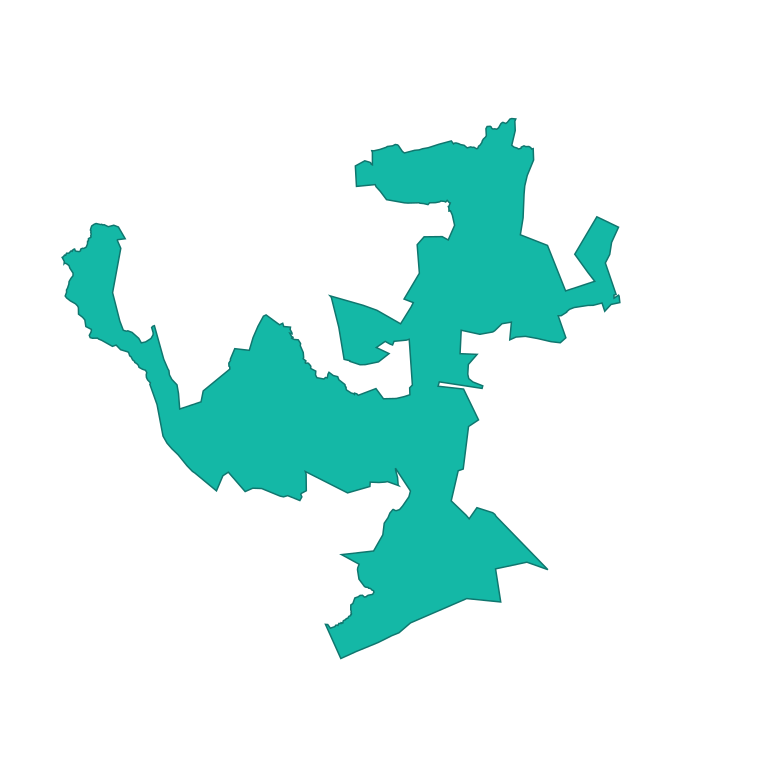 Heroica Ciudad de Ejutla de Crespo, Oaxaca, Mexico, rotated 71°
{"feature_id": "50627088B22638065525590", "entity_name": "Heroica Ciudad de Ejutla de Crespo", "entity_type": "district", "adm_level": 2, "iso_a3": "MEX", "parent_name": "Mexico", "parent_adm1": "Oaxaca", "projection": "albers", "projection_center": [-96.767, 16.598], "detail": "fine", "context": "isolated", "style": "filled", "palette": "teal", "viewbox_px": 768, "rotation_deg": 71, "n_neighbors": 0, "source": "geoboundaries", "source_scale": "gbopen_adm2", "svg_char_len": 6170}
<svg xmlns="http://www.w3.org/2000/svg" viewBox="0 0 768 768"><g transform="rotate(71 384 384)"><path d="M280.6,475.9L288.4,484.4L297.5,492.7L308.3,500.4L302.0,513.6L310.5,521.2L311.7,521.4L313.7,523.9L316.7,524.8L317.6,524.3L319.7,524.9L331.7,557.2L341.3,562.8L341.1,585.3L326.1,581.4L317.4,580.0L310.6,583.1L305.5,583.9L301.3,583.0L299.4,583.4L288.9,584.2L254.1,582.1L254.1,583.7L254.9,585.3L260.5,585.6L262.4,586.4L265.1,589.5L266.6,595.7L266.1,600.1L261.0,601.0L253.2,605.4L250.3,608.9L250.2,610.4L248.3,613.0L238.5,613.3L209.3,610.9L170.0,588.7L161.5,589.4L160.8,589.0L162.4,581.4L149.1,584.0L145.9,587.8L145.5,593.5L142.3,596.7L142.0,598.2L141.1,598.9L141.0,600.0L138.5,604.0L138.6,606.1L139.4,608.9L141.0,610.2L142.9,611.5L143.7,611.2L145.6,612.0L146.9,612.0L148.5,613.1L149.3,613.1L149.9,613.5L150.3,616.1L152.4,616.9L152.5,617.8L155.1,618.8L157.6,621.0L158.1,623.6L157.5,624.9L157.6,626.2L157.8,626.9L159.2,627.6L159.6,629.1L158.1,632.1L157.3,632.6L155.8,632.5L155.5,632.9L156.1,635.1L157.0,635.7L156.3,636.6L157.7,639.4L157.0,641.6L158.6,643.1L158.1,644.1L159.2,645.6L159.5,647.1L164.0,646.4L166.1,647.3L165.7,646.6L166.8,645.1L169.4,643.3L172.3,643.3L177.9,641.9L180.4,642.8L182.1,645.5L184.6,648.4L187.0,649.5L190.5,652.2L191.7,653.6L194.0,654.3L197.0,656.8L199.3,656.1L203.3,653.5L207.7,649.6L210.5,648.3L212.3,648.1L218.5,650.1L222.7,647.3L226.0,646.0L232.6,647.2L236.9,643.1L237.6,643.0L239.6,644.2L242.0,646.8L244.5,646.7L245.8,644.8L247.4,639.9L248.6,639.2L250.8,636.7L260.0,628.5L260.0,624.6L265.8,621.9L270.3,615.7L271.4,615.2L274.6,615.3L275.9,614.3L279.4,613.8L281.4,612.5L282.5,612.6L284.2,611.2L286.3,610.2L288.5,610.2L291.4,607.6L293.4,605.0L296.0,604.6L297.8,605.8L300.4,606.5L303.1,606.2L306.9,604.5L308.1,605.5L329.6,605.3L361.3,609.9L369.4,608.4L376.3,605.6L383.9,601.7L397.1,596.9L404.2,593.6L406.6,591.8L430.5,577.2L418.3,566.2L416.7,559.9L440.5,550.3L439.8,542.0L443.0,533.7L456.2,518.7L458.0,515.7L458.2,511.4L466.8,501.5L464.0,498.4L461.2,498.6L460.5,497.6L459.6,492.2L443.9,487.0L441.1,486.9L475.1,453.9L476.3,430.7L472.3,429.0L475.5,420.8L477.1,414.8L477.4,412.5L484.9,403.2L484.1,403.5L476.7,401.6L469.4,401.1L467.3,400.6L493.8,393.8L498.8,397.2L505.4,406.1L507.8,410.2L507.8,413.4L507.2,414.8L505.8,415.8L505.6,416.5L507.9,420.4L511.7,423.7L515.7,429.1L526.2,434.2L538.5,448.2L531.5,479.7L546.3,466.2L549.3,468.7L550.9,469.5L560.4,471.2L569.1,468.4L570.1,467.5L571.2,465.2L572.0,465.1L573.0,463.3L574.9,462.5L576.0,461.2L577.6,461.3L579.2,463.3L578.6,467.6L578.7,468.8L579.3,469.8L579.1,471.9L576.8,473.1L576.1,475.4L576.8,477.7L576.8,481.2L581.4,484.9L582.1,487.3L586.5,488.9L588.7,489.1L589.8,489.8L590.5,489.5L591.4,490.0L591.4,490.7L592.2,491.2L592.3,493.0L593.6,494.3L593.6,496.1L594.3,497.2L594.6,499.5L596.6,500.9L595.7,502.3L596.5,502.6L595.7,504.6L597.3,506.2L596.7,506.8L596.4,508.3L597.4,509.3L597.4,514.2L593.1,515.5L592.2,517.6L629.5,514.2L627.9,497.4L626.5,473.6L624.5,458.6L624.1,450.8L618.5,436.7L613.8,375.7L628.1,344.6L595.1,338.7L599.0,306.9L612.9,289.5L545.7,321.1L543.4,321.6L541.1,323.1L531.2,336.4L539.2,347.4L534.7,349.1L516.4,358.5L490.2,342.1L490.2,336.8L451.7,317.9L448.7,306.3L414.7,310.4L403.7,333.6L400.0,331.0L420.1,292.7L417.9,291.2L411.0,299.3L406.5,302.1L402.0,301.6L393.0,297.9L386.3,286.3L380.1,302.2L358.3,293.5L368.2,277.2L370.2,264.2L369.7,262.0L365.4,252.8L367.0,243.4L383.2,250.7L382.6,243.9L385.0,234.7L391.0,224.0L398.3,212.4L402.4,203.9L399.5,197.0L376.2,197.1L377.1,194.2L375.6,187.9L375.2,187.9L373.8,184.3L373.6,179.3L376.1,165.5L377.7,160.6L378.4,151.5L387.1,151.6L382.7,143.4L383.8,134.5L377.5,133.1L376.4,133.3L377.7,138.5L374.8,137.7L374.8,135.4L374.5,135.4L341.6,135.3L335.0,128.4L324.2,122.7L312.1,111.2L295.2,128.3L323.4,161.4L345.2,154.8L355.5,151.3L355.1,182.0L306.2,184.3L287.3,206.5L272.2,198.4L250.2,189.8L242.5,186.4L233.5,180.7L220.9,169.6L210.0,166.3L209.9,167.9L208.2,168.3L206.6,169.7L205.7,172.7L204.4,174.1L204.7,177.1L205.7,177.7L205.6,180.3L204.2,181.4L202.4,183.9L199.9,185.5L187.1,177.4L178.1,174.7L176.3,173.1L174.6,176.8L174.5,178.7L176.7,182.1L177.3,184.0L175.3,186.4L175.4,187.3L175.9,188.7L179.1,192.3L179.8,194.6L178.8,196.1L178.4,197.9L177.5,198.8L175.8,199.0L174.9,199.7L174.1,202.7L175.8,204.5L182.5,206.4L183.5,207.5L184.8,210.4L186.2,212.0L187.6,212.9L189.5,215.6L189.9,217.1L191.4,218.3L191.8,219.3L191.5,220.1L189.4,221.9L189.1,223.3L188.0,224.9L187.8,228.5L184.4,230.5L182.5,233.7L181.0,235.2L179.5,237.5L179.2,239.0L179.6,240.1L176.1,241.2L175.2,253.9L175.0,265.3L174.1,271.0L174.1,274.5L173.0,279.0L172.2,289.5L170.1,290.9L163.1,292.8L162.2,293.5L161.2,295.4L161.6,298.3L160.5,303.6L160.9,304.8L160.9,311.5L160.2,317.7L159.4,319.6L161.3,319.6L173.0,323.6L172.1,324.5L170.3,324.7L169.6,325.4L166.7,329.5L168.5,340.1L188.2,345.7L192.6,327.4L194.8,327.3L200.6,324.8L210.5,321.6L219.3,305.8L220.7,302.5L224.1,291.7L224.7,291.3L226.3,287.8L228.7,284.0L227.5,281.9L229.3,276.3L229.9,272.0L229.5,270.8L230.9,267.6L232.0,266.4L230.9,264.5L233.8,263.2L234.4,262.4L237.3,265.0L237.2,265.4L238.8,265.4L241.7,266.3L241.9,264.8L246.5,264.4L257.0,265.6L268.7,276.4L263.6,281.0L257.9,298.2L263.1,307.3L290.8,314.5L310.2,337.4L316.6,329.8L319.9,333.2L332.5,348.7L312.0,366.7L302.8,378.1L283.1,406.3L284.9,405.6L315.8,408.3L347.7,413.7L350.9,408.7L351.5,408.9L358.0,400.4L359.6,395.3L361.3,382.0L356.9,369.3L347.0,379.4L344.1,369.0L348.3,365.2L349.9,363.2L346.9,360.6L349.8,348.6L349.9,345.6L394.2,357.5L396.0,361.0L402.6,363.0L402.5,369.0L401.7,377.1L397.8,389.3L385.7,393.1L386.3,412.0L384.5,412.9L383.1,414.8L384.1,415.4L383.2,415.9L381.9,417.9L377.4,421.4L375.1,421.3L374.8,420.9L373.3,421.4L371.8,421.1L365.3,425.3L362.0,425.4L359.5,429.2L355.0,432.2L356.5,433.8L359.7,435.6L358.8,437.2L359.7,439.2L356.2,445.4L353.1,445.8L349.6,444.3L345.4,448.3L343.7,447.5L342.8,447.5L339.8,448.7L339.1,449.9L339.0,451.1L338.6,451.5L337.8,451.4L336.8,450.3L333.8,452.2L332.7,451.3L327.9,450.1L320.5,450.7L318.6,449.7L314.3,450.7L312.6,454.5L310.6,456.4L310.1,455.7L310.7,454.4L308.9,455.9L305.3,456.5L306.6,454.6L305.4,454.4L301.9,455.0L299.8,453.9L297.0,460.1L293.6,460.0L294.0,463.5L280.3,473.0L280.6,475.9Z" fill="#14b8a6" stroke="#0f766e" stroke-width="1.5"/></g></svg>